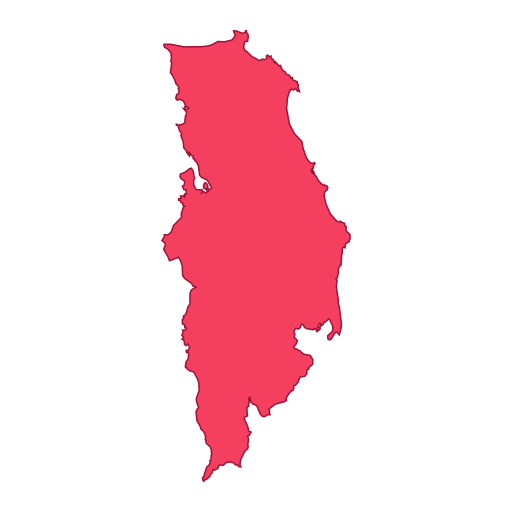 the district of Bangka, Bangka-Belitung, Indonesia
{"feature_id": "22746128B27585215741432", "entity_name": "Bangka", "entity_type": "district", "adm_level": 2, "iso_a3": "IDN", "parent_name": "Indonesia", "parent_adm1": "Bangka-Belitung", "projection": "equal_earth", "projection_center": [105.919, -1.936], "detail": "fine", "context": "isolated", "style": "filled", "palette": "rose", "viewbox_px": 512, "rotation_deg": 0, "n_neighbors": 0, "source": "geoboundaries", "source_scale": "gbopen_adm2", "svg_char_len": 6043}
<svg xmlns="http://www.w3.org/2000/svg" viewBox="0 0 512 512"><path d="M336.8,332.1L339.3,334.9L341.0,328.6L341.5,324.5L339.4,307.3L338.1,302.7L338.3,299.9L336.3,286.6L337.1,280.3L336.0,278.6L336.6,278.6L337.4,277.3L338.5,272.0L338.4,268.1L339.9,266.5L340.2,265.2L341.0,265.1L341.7,254.1L342.3,253.0L342.3,249.0L342.8,247.7L344.6,247.0L345.1,247.6L345.7,243.7L349.3,241.6L349.3,240.3L350.1,238.8L350.0,235.1L349.4,233.6L347.8,232.8L346.2,230.8L345.9,228.5L346.4,226.8L344.9,225.5L344.5,223.2L342.5,222.8L340.6,221.2L339.3,222.2L336.4,220.8L330.4,214.0L326.1,204.4L324.3,196.7L324.4,192.6L326.4,190.1L327.2,189.9L327.1,188.8L327.9,187.7L327.3,186.2L324.9,185.6L324.6,184.8L324.1,185.4L323.1,185.0L320.7,183.1L318.0,180.0L316.0,176.2L314.3,174.2L314.0,172.6L313.1,173.6L312.1,172.9L311.9,171.7L313.0,171.7L313.2,170.9L312.8,170.3L311.2,170.3L311.2,169.7L313.3,168.1L313.3,166.1L315.1,163.4L314.1,162.6L313.8,163.2L311.8,163.2L310.0,162.6L306.7,158.4L303.2,148.8L301.9,141.6L294.4,133.6L289.5,124.2L286.6,108.9L287.4,98.4L289.0,92.6L291.1,89.1L293.5,90.0L295.5,88.6L297.0,90.2L297.0,90.9L299.5,91.7L298.1,87.0L298.3,84.6L297.0,83.4L297.3,81.7L293.2,80.1L292.3,78.8L292.3,77.5L290.8,78.1L289.4,75.2L286.3,74.3L285.4,72.1L282.7,70.4L280.7,66.6L280.7,65.5L278.8,65.9L277.9,64.3L275.6,62.9L275.8,62.2L275.2,61.5L274.3,61.4L274.3,62.4L273.9,62.1L273.2,59.4L271.9,58.9L270.8,57.3L271.1,56.1L269.2,56.6L267.6,55.1L266.3,56.1L267.0,57.9L266.1,59.1L264.8,59.6L262.1,59.1L259.8,60.7L252.2,56.8L246.0,50.9L244.9,50.7L243.6,46.7L244.8,41.6L247.7,41.2L247.7,39.1L248.3,38.0L248.0,34.4L247.0,33.4L246.2,30.7L245.4,30.8L245.4,32.1L244.6,32.9L241.9,33.1L236.1,30.9L233.5,30.9L235.3,35.8L232.0,40.0L224.4,41.8L217.9,41.5L211.7,44.9L207.1,46.1L201.6,46.7L184.1,46.9L170.8,44.3L164.1,44.3L163.9,45.7L164.7,47.4L167.3,48.7L170.8,52.6L171.5,57.6L170.8,61.7L171.6,62.3L171.6,63.3L170.4,72.7L172.1,74.7L175.0,80.4L175.8,83.5L178.4,86.4L178.9,88.3L178.2,88.9L178.9,90.0L179.0,92.3L177.8,94.3L176.7,94.5L175.7,98.1L176.6,98.6L176.4,99.6L177.7,100.1L179.8,99.3L183.4,101.0L185.8,106.2L184.8,106.7L184.9,107.6L186.8,106.7L188.7,108.0L188.4,108.7L186.6,109.3L183.5,108.5L186.6,112.2L185.9,115.5L185.2,116.3L185.9,117.3L185.0,118.5L184.9,121.8L183.5,124.0L179.3,124.9L178.3,126.3L179.5,130.7L181.6,133.4L180.9,135.7L183.2,141.7L183.8,147.9L187.6,152.4L189.4,152.3L191.5,155.5L193.3,156.4L193.0,158.5L194.6,159.4L195.2,161.2L196.4,161.9L198.4,165.9L199.6,175.2L201.3,177.2L207.3,180.2L211.6,187.8L211.1,189.0L205.9,189.2L207.4,191.0L209.2,190.6L205.7,192.8L202.5,191.1L202.0,192.7L201.6,192.9L202.5,190.7L202.2,189.8L196.9,189.7L195.5,188.8L193.7,184.6L193.6,181.1L194.7,178.0L194.0,176.6L193.4,171.7L191.4,168.2L189.3,168.8L184.7,172.4L180.5,173.9L179.9,176.2L180.2,177.1L181.4,179.0L184.1,180.7L184.7,181.9L184.2,185.1L182.5,185.9L182.4,186.6L184.0,189.7L185.9,189.7L186.2,193.8L185.8,194.4L184.7,194.0L184.3,194.5L185.0,196.1L184.8,197.0L183.2,196.0L180.7,195.9L180.5,196.7L181.1,198.5L178.7,198.7L178.6,200.3L180.2,200.6L180.7,202.1L183.1,203.7L182.7,204.9L184.5,206.4L183.5,206.6L182.7,209.0L181.2,214.0L181.5,216.9L180.9,218.0L173.6,225.4L171.3,231.8L168.0,234.9L164.6,234.8L165.0,235.2L161.9,240.6L165.1,243.2L165.3,244.5L163.7,249.5L167.9,256.5L169.5,260.8L178.6,257.3L180.5,260.6L182.2,265.9L182.6,275.6L184.7,278.5L191.7,283.5L192.9,286.0L196.0,287.1L191.4,289.9L190.0,293.3L189.9,304.1L187.8,307.1L186.6,312.2L185.3,314.8L183.2,316.3L183.8,318.1L182.7,318.9L182.3,320.2L182.4,323.7L183.0,324.4L184.6,324.5L184.8,327.7L185.9,327.4L186.5,328.9L184.9,330.1L182.5,330.2L183.3,331.9L181.8,335.2L183.6,337.0L182.0,339.4L183.5,339.5L184.6,343.1L184.4,344.2L186.0,345.7L188.0,343.9L189.6,347.4L188.3,350.4L186.2,350.3L186.3,352.2L186.8,352.7L187.9,352.1L188.5,352.5L188.5,356.3L188.0,359.2L186.3,361.4L185.7,363.8L186.0,364.7L185.3,365.6L185.6,367.5L186.5,367.7L187.0,368.8L190.4,371.2L191.7,371.0L194.1,372.5L197.5,379.0L198.8,383.0L199.2,390.5L196.2,398.9L196.6,402.0L198.7,407.6L197.1,409.2L196.0,411.8L197.0,420.9L199.9,425.8L201.0,429.3L202.9,430.7L205.0,434.3L205.6,438.0L205.2,439.8L205.9,440.5L206.1,443.1L210.2,446.8L211.6,450.8L211.2,452.0L211.7,452.3L211.9,454.2L211.3,454.6L210.9,460.0L209.8,460.7L210.3,461.2L210.1,462.8L209.4,464.6L206.6,467.3L203.6,476.8L202.4,477.8L202.9,480.2L203.8,481.3L204.3,480.2L206.5,479.3L209.9,476.4L210.1,475.2L212.1,472.7L213.0,469.6L214.6,470.2L216.7,468.8L217.7,468.8L219.0,465.3L221.1,464.9L222.9,465.5L226.7,462.3L230.4,462.0L233.8,462.9L235.4,464.9L237.7,465.0L238.6,466.6L240.9,466.9L240.0,465.0L240.5,460.1L244.6,451.5L247.7,448.6L248.2,446.7L247.8,444.0L248.6,439.7L247.6,436.1L249.3,435.3L251.1,432.1L248.6,431.0L247.8,426.7L244.5,419.0L244.4,417.6L245.0,416.7L246.9,416.5L247.4,415.4L246.9,408.8L247.1,407.6L248.7,406.0L248.4,404.4L249.1,403.4L248.8,398.9L249.3,397.3L250.1,397.4L250.6,401.6L252.8,404.0L255.3,404.8L257.2,406.7L260.2,414.1L262.5,416.5L264.8,416.6L267.7,414.7L270.5,414.9L269.8,414.5L269.0,409.0L275.4,404.1L284.0,401.9L286.5,400.5L286.1,399.6L286.6,397.0L290.3,391.9L293.2,390.0L293.8,388.7L293.7,385.8L295.7,385.0L298.2,381.9L299.9,377.1L304.7,376.4L306.8,373.7L307.0,370.0L308.9,369.1L308.6,367.6L312.7,364.3L312.8,359.5L310.1,355.3L303.6,354.2L299.9,350.8L293.9,347.9L294.1,346.4L295.9,344.4L297.4,340.6L294.3,337.3L294.9,333.8L294.1,332.3L294.2,330.5L295.9,328.2L298.2,329.1L300.1,327.8L301.6,324.0L303.6,325.1L303.9,326.5L305.3,328.0L307.2,328.8L313.1,329.8L313.8,328.6L315.0,329.4L316.2,328.3L316.9,329.9L316.4,331.0L317.2,331.7L318.3,330.0L319.2,330.1L320.1,329.1L320.1,326.9L318.4,327.5L318.2,327.0L319.4,323.3L320.6,323.6L320.7,325.7L321.4,325.8L323.1,324.4L323.8,322.5L325.2,322.1L328.6,319.0L329.8,319.9L332.5,325.6L333.0,329.2L331.9,331.9L327.6,335.8L327.9,338.9L329.3,339.9L330.8,339.6L335.4,332.4L336.8,332.1ZM208.0,188.0L207.6,185.4L206.5,183.3L204.7,182.8L203.5,185.6L203.7,188.2L205.0,188.8L208.0,188.0ZM189.1,152.6L187.0,152.9L189.5,156.1L189.6,154.1L189.1,152.6ZM177.1,125.4L177.5,124.4L176.3,124.3L176.4,125.1L177.1,125.4Z" fill="#f43f5e" stroke="#9f1239" stroke-width="1.5"/></svg>